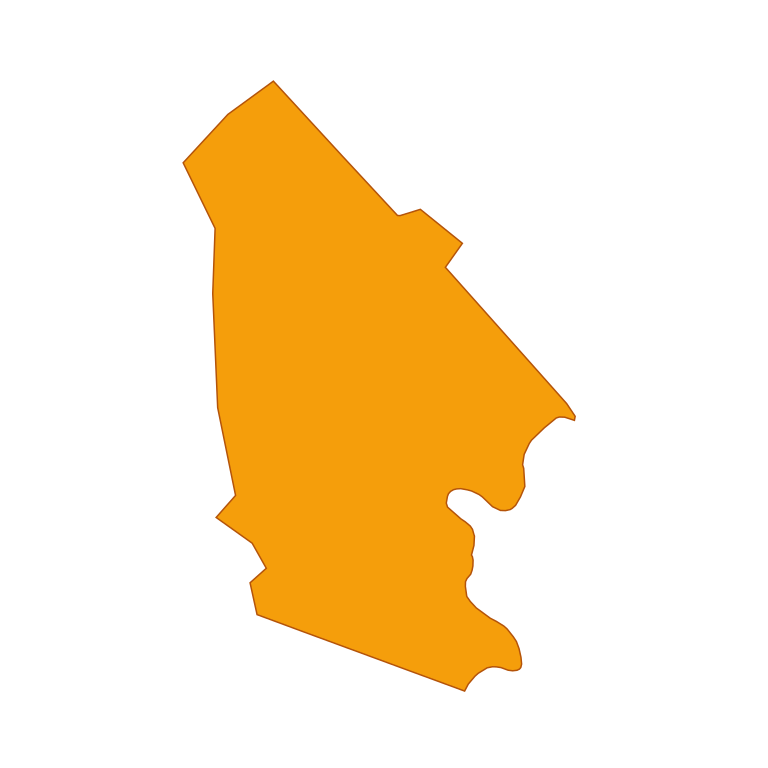 Jackson, West Virginia, United States of America (orthographic projection), rotated 172°
{"feature_id": "52423323B94363624376264", "entity_name": "Jackson", "entity_type": "district", "adm_level": 2, "iso_a3": "USA", "parent_name": "United States of America", "parent_adm1": "West Virginia", "projection": "orthographic", "projection_center": [-81.764, 38.825], "detail": "fine", "context": "isolated", "style": "filled", "palette": "amber", "viewbox_px": 768, "rotation_deg": 172, "n_neighbors": 0, "source": "geoboundaries", "source_scale": "gbopen_adm2", "svg_char_len": 1284}
<svg xmlns="http://www.w3.org/2000/svg" viewBox="0 0 768 768"><g transform="rotate(172 384 384)"><path d="M323.7,551.9L344.7,548.5L347.2,549.0L393.4,615.3L451.4,699.3L501.1,672.7L552.1,631.0L529.6,561.6L541.0,497.4L552.0,383.7L546.5,294.3L568.8,275.2L536.7,244.7L526.2,217.9L544.3,205.8L541.8,173.3L497.1,149.2L346.9,68.7L342.3,75.1L334.7,81.9L331.0,84.4L321.3,88.6L316.0,88.9L312.3,88.3L307.6,86.9L300.9,83.3L296.5,82.1L292.1,82.0L289.6,82.8L288.0,84.2L286.7,87.5L286.4,94.3L287.1,103.1L288.7,110.5L291.1,115.6L296.2,124.3L298.9,127.5L305.3,132.9L311.4,137.3L323.8,149.4L328.8,156.6L331.6,162.1L331.6,172.2L330.8,176.9L328.9,179.8L324.6,183.6L322.7,187.3L321.3,191.4L320.3,197.2L320.5,200.8L321.2,202.4L317.4,211.6L315.6,220.8L315.9,222.3L316.6,227.7L318.3,231.3L322.8,236.3L326.6,239.7L338.2,253.2L338.9,257.4L336.8,263.9L335.4,266.4L333.0,268.4L329.8,269.7L326.6,270.0L322.6,269.7L316.2,267.6L312.2,265.9L305.2,261.3L302.4,258.6L293.6,247.4L286.3,242.6L281.3,241.7L276.5,242.1L274.4,243.0L270.6,245.5L264.6,253.2L258.8,262.9L257.4,281.1L258.0,284.7L255.0,294.8L248.4,304.9L245.7,307.9L231.2,318.4L218.1,326.4L214.9,326.9L209.7,326.0L200.5,321.5L199.2,325.4L205.8,339.1L270.8,436.7L307.0,491.0L286.8,512.4L323.7,551.9Z" fill="#f59e0b" stroke="#b45309" stroke-width="1.5"/></g></svg>